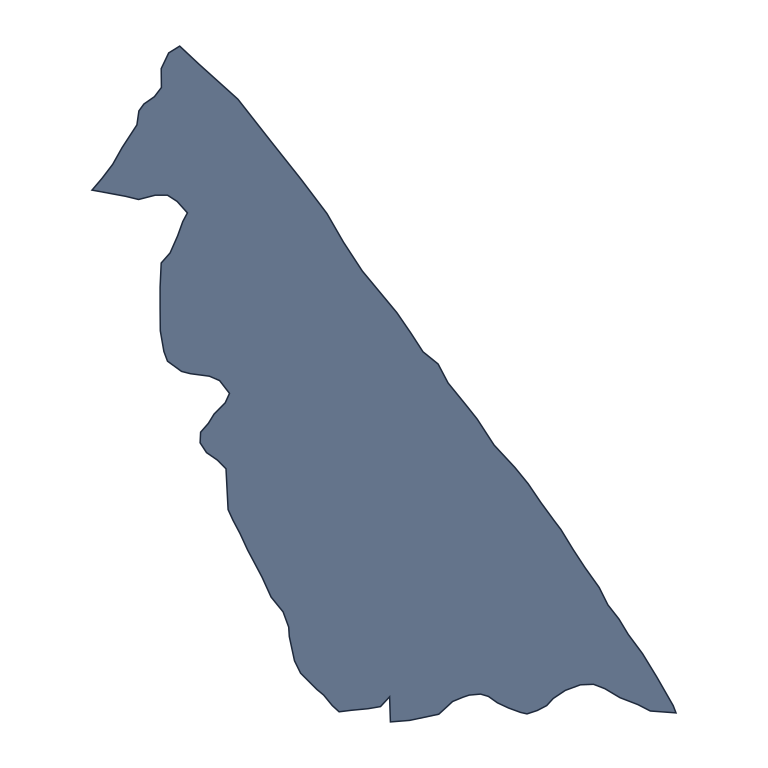 Khachmaz District, Xaçmaz, Azerbaijan
{"feature_id": "54616110B89497242950609", "entity_name": "Khachmaz District", "entity_type": "district", "adm_level": 2, "iso_a3": "AZE", "parent_name": "Azerbaijan", "parent_adm1": "Xaçmaz", "projection": "mercator", "projection_center": [48.762, 41.595], "detail": "fine", "context": "isolated", "style": "filled", "palette": "slate", "viewbox_px": 768, "rotation_deg": 0, "n_neighbors": 0, "source": "geoboundaries", "source_scale": "gbopen_adm2", "svg_char_len": 1539}
<svg xmlns="http://www.w3.org/2000/svg" viewBox="0 0 768 768"><path d="M674.9,712.8L676.0,712.9L673.2,705.6L656.8,677.0L642.5,653.6L628.3,634.5L619.0,619.1L607.9,604.9L599.2,587.5L585.0,567.6L573.2,549.6L560.9,529.5L554.2,520.7L540.8,502.4L528.2,483.8L515.0,467.6L494.1,445.1L477.2,419.1L466.0,405.0L448.1,383.0L438.1,364.0L423.0,351.8L410.9,333.1L396.9,312.7L362.3,271.0L343.5,242.2L327.0,213.6L301.3,179.6L271.3,141.8L237.9,99.2L198.8,64.0L179.7,46.1L168.7,52.9L161.2,68.6L161.4,87.5L154.4,96.7L143.9,104.0L138.9,110.9L136.9,124.9L122.1,147.6L112.7,164.3L101.9,178.5L92.0,190.1L94.7,190.6L125.5,196.3L138.6,199.5L155.2,195.2L167.5,195.2L177.1,201.4L187.4,212.9L182.8,221.5L177.6,235.9L170.1,252.9L161.2,263.0L160.1,287.1L160.1,307.8L160.3,330.8L163.9,351.5L167.5,361.2L181.5,371.4L190.4,373.7L209.4,376.2L219.6,380.6L229.5,393.4L225.2,402.8L214.1,414.0L208.4,423.3L200.6,432.2L200.1,442.8L206.5,452.6L217.4,460.1L226.0,468.8L228.1,509.6L233.0,520.3L238.4,530.5L240.0,533.5L247.6,550.0L254.2,562.4L262.1,577.3L271.1,597.1L283.1,611.9L288.7,627.1L289.3,636.6L294.5,660.8L300.6,673.2L316.8,689.4L323.7,695.1L332.3,705.6L339.1,711.8L351.2,710.3L368.1,708.7L380.5,706.6L389.6,696.8L390.4,721.9L390.7,721.9L409.6,720.4L438.8,714.2L447.1,706.6L452.6,701.5L463.0,697.2L469.2,695.1L480.6,694.1L488.4,696.4L497.4,702.8L508.5,708.0L520.5,712.4L527.0,713.9L537.3,710.5L546.7,705.6L553.2,698.5L565.3,690.4L580.4,684.8L593.5,684.3L604.9,688.7L620.0,697.7L637.9,704.6L650.3,711.0L674.9,712.8Z" fill="#64748b" stroke="#1e293b" stroke-width="1.5"/></svg>